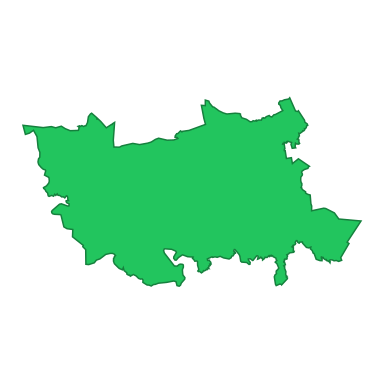 the district of Tamazunchale, San Luis Potosí, Mexico
{"feature_id": "50627088B74317762178215", "entity_name": "Tamazunchale", "entity_type": "district", "adm_level": 2, "iso_a3": "MEX", "parent_name": "Mexico", "parent_adm1": "San Luis Potosí", "projection": "albers", "projection_center": [-98.765, 21.244], "detail": "fine", "context": "isolated", "style": "filled", "palette": "green", "viewbox_px": 384, "rotation_deg": 0, "n_neighbors": 0, "source": "geoboundaries", "source_scale": "gbopen_adm2", "svg_char_len": 6035}
<svg xmlns="http://www.w3.org/2000/svg" viewBox="0 0 384 384"><path d="M147.1,285.0L149.0,285.1L151.2,286.0L153.6,284.5L155.2,284.4L158.4,283.2L166.5,282.4L173.8,281.0L176.0,281.7L177.0,285.6L179.2,286.2L180.5,285.2L181.3,283.1L184.7,279.2L184.9,277.6L183.0,275.1L182.7,273.7L182.4,269.8L183.4,267.1L183.3,265.0L182.7,264.4L180.7,264.1L179.3,264.4L177.2,266.1L174.4,266.0L164.4,253.1L163.6,250.6L164.3,248.9L165.0,248.8L171.6,249.3L175.7,251.1L176.4,252.3L173.8,256.8L173.7,258.3L175.0,260.1L176.3,260.1L178.4,257.6L182.5,254.8L187.6,256.7L193.1,257.1L192.5,258.4L193.7,259.4L194.8,261.2L196.8,261.0L197.5,261.6L197.6,265.3L198.8,269.4L197.8,271.0L198.4,271.6L199.7,271.5L201.4,272.9L202.9,271.9L203.5,270.6L204.3,270.9L205.9,270.1L206.4,269.2L207.2,269.6L208.0,268.6L208.8,268.6L208.0,267.8L208.8,267.3L208.8,266.0L209.7,265.9L210.3,265.2L210.0,264.7L210.7,264.3L210.0,263.9L211.0,263.3L210.6,262.0L209.4,260.8L209.4,260.2L207.6,260.4L207.3,258.9L212.1,256.8L212.7,257.4L215.0,256.8L217.2,257.3L220.1,256.3L223.6,257.9L229.1,259.0L231.2,257.7L231.6,256.2L233.0,255.9L234.6,253.4L235.4,253.2L235.2,252.5L234.6,252.6L235.0,252.2L233.7,251.1L234.3,249.5L235.1,249.6L239.2,254.6L239.9,256.3L240.7,261.2L241.7,262.1L246.7,262.5L249.0,264.4L249.9,264.3L250.2,262.4L248.4,260.0L248.3,259.0L250.4,258.8L252.5,260.5L253.0,260.4L256.7,255.8L257.7,255.8L258.2,256.7L257.6,259.2L258.9,258.7L260.8,257.1L261.4,257.5L261.2,258.0L262.5,258.5L262.6,260.0L264.5,258.5L265.0,257.2L267.0,257.5L268.9,255.7L269.3,256.5L270.2,255.5L270.9,256.2L271.4,255.5L271.7,256.0L272.6,255.7L273.0,256.6L275.9,258.1L276.3,259.9L276.9,260.5L275.2,262.1L277.0,263.8L278.8,268.1L277.0,270.5L276.5,270.5L276.1,272.0L276.5,273.6L275.1,274.8L274.3,276.8L275.5,284.3L276.2,285.6L279.9,284.0L281.3,284.5L281.4,283.9L281.7,284.8L287.3,278.8L287.5,278.0L286.3,277.0L287.0,276.3L286.4,276.1L285.7,274.4L285.9,271.6L284.5,268.0L284.8,266.9L283.8,265.8L285.4,264.8L284.5,262.1L283.7,262.1L283.7,261.4L284.6,260.5L284.4,259.4L284.8,259.1L286.8,259.1L287.1,258.6L286.9,257.7L287.6,256.0L286.8,254.8L288.8,253.8L289.4,252.9L293.7,252.3L294.2,251.3L293.3,251.1L293.4,247.7L292.2,247.0L293.2,246.5L293.4,246.2L292.6,246.0L293.2,245.2L295.0,244.6L295.5,243.9L295.7,243.3L295.2,242.4L296.3,240.6L297.0,240.6L297.9,242.4L298.7,243.0L299.3,243.1L299.8,242.1L302.4,242.0L302.6,243.2L306.4,247.4L308.7,247.9L310.8,247.1L310.4,248.9L312.2,250.5L313.2,253.2L314.1,253.5L316.2,259.3L319.9,260.6L322.0,260.7L322.1,259.1L321.3,258.1L321.3,257.0L321.7,256.9L322.5,257.6L323.3,257.5L323.5,258.4L324.7,259.4L326.2,259.5L326.1,260.2L326.8,260.7L327.8,260.6L328.2,261.4L329.0,261.4L330.0,262.8L330.2,261.8L329.6,260.7L330.1,259.8L332.3,259.9L334.0,260.8L336.3,260.5L338.7,261.4L341.7,260.3L340.7,257.7L349.0,243.5L347.1,242.2L361.0,221.0L338.8,219.0L334.4,212.9L325.7,208.5L323.7,208.2L311.6,210.8L311.7,206.0L310.9,203.7L310.2,195.0L307.7,194.3L305.6,193.1L305.6,191.8L302.7,189.8L301.1,187.6L301.6,187.4L301.4,186.4L301.9,185.2L301.8,183.3L301.2,182.8L300.7,180.2L300.8,177.2L302.3,175.1L302.4,174.1L301.6,172.2L302.1,171.1L304.4,169.5L307.9,168.4L308.5,166.8L309.4,166.3L298.4,158.8L292.4,163.6L291.4,157.7L286.4,158.5L285.2,150.7L284.3,150.6L284.4,149.1L284.9,148.8L284.2,144.1L282.7,144.1L283.0,143.3L284.4,143.0L284.4,142.4L285.8,143.0L286.4,142.0L286.8,142.7L287.8,141.3L291.6,142.5L291.0,144.4L292.2,148.3L295.7,147.8L295.1,146.5L295.5,143.2L296.5,144.0L298.8,144.1L299.6,143.4L298.9,142.2L298.9,139.8L297.3,139.1L298.6,137.8L298.5,136.8L299.4,135.9L298.8,133.3L299.7,133.6L303.0,131.2L302.9,130.7L303.8,130.8L304.6,129.9L304.5,128.9L304.9,129.1L306.2,127.7L306.7,125.7L307.7,125.4L307.3,124.0L304.9,122.2L304.5,120.2L298.4,110.8L297.8,111.5L295.5,111.0L289.7,97.8L288.7,99.0L284.4,99.8L282.0,100.9L280.0,101.0L278.7,103.0L278.8,104.2L280.3,105.3L280.9,107.7L282.8,110.6L275.2,114.6L274.0,114.7L271.8,117.0L270.0,116.4L269.2,115.5L266.2,116.7L264.8,118.1L263.5,117.8L263.5,118.2L262.2,118.1L261.4,120.1L258.2,120.1L256.6,121.0L256.2,120.2L255.0,121.1L253.1,120.7L252.2,121.6L250.2,121.8L246.4,119.3L241.8,117.8L240.4,115.1L240.5,114.1L239.7,113.6L235.2,113.2L226.9,114.0L223.2,112.9L218.9,110.8L213.9,107.1L212.7,106.9L209.6,103.1L208.8,101.1L205.3,100.1L205.3,105.6L201.4,105.3L203.9,118.4L205.5,124.4L189.1,130.4L182.2,131.4L181.9,131.9L180.5,130.9L177.8,133.6L176.7,133.7L175.3,135.7L175.0,137.2L177.2,137.5L177.9,138.5L173.7,140.0L167.2,140.2L158.6,138.2L155.4,139.4L151.3,142.0L147.9,143.1L139.6,144.6L132.8,143.4L121.9,145.9L119.4,147.2L113.9,147.0L113.3,140.2L114.6,122.4L112.4,123.8L112.2,124.5L111.4,124.5L106.3,127.8L100.7,121.4L97.5,118.4L97.2,119.1L96.8,119.0L96.8,117.7L91.6,113.2L90.5,113.9L88.4,116.7L87.5,122.6L85.9,125.8L85.0,125.8L83.7,126.5L81.8,125.6L80.5,126.4L79.7,125.8L78.0,126.4L79.2,127.4L78.4,130.4L70.2,130.7L65.3,128.7L61.3,126.2L55.7,127.8L51.4,126.6L43.2,127.6L23.0,125.3L25.4,134.4L29.5,133.1L33.5,130.3L37.0,136.6L38.1,147.8L39.9,152.4L39.8,157.2L38.5,158.9L38.0,161.9L38.4,163.6L38.8,164.7L41.3,167.6L43.3,169.3L45.3,169.9L45.7,170.8L44.5,175.1L48.6,177.3L49.0,178.0L49.3,181.1L48.8,183.0L46.5,185.9L43.5,187.6L43.7,188.5L45.0,189.4L45.9,191.3L47.6,193.0L48.2,195.8L49.1,196.4L51.6,195.4L53.6,196.2L54.7,194.3L55.8,195.4L57.2,193.9L58.0,195.3L59.9,195.5L61.7,196.9L63.4,196.8L64.8,197.9L66.4,195.8L67.2,196.1L67.8,197.7L67.8,199.4L68.5,200.6L66.2,200.7L66.1,201.6L66.7,202.7L69.2,204.0L68.9,205.9L67.8,206.1L61.4,203.8L59.5,204.2L52.2,210.5L51.6,211.5L51.8,212.8L52.7,213.8L54.5,214.3L60.3,214.6L61.0,215.1L63.9,226.9L67.0,228.7L72.8,229.5L72.5,236.8L83.3,245.4L82.8,246.7L85.7,249.6L85.9,264.3L88.7,264.6L94.3,262.8L96.4,260.1L99.9,258.9L105.8,254.4L110.1,253.4L112.5,253.4L114.2,254.1L115.5,255.6L114.4,256.5L114.4,257.6L113.6,258.2L113.5,259.2L113.7,260.5L113.4,260.9L114.4,263.7L118.1,267.4L119.3,268.5L122.4,269.8L123.3,267.7L124.1,270.6L126.7,272.7L127.0,274.3L128.5,275.1L129.7,275.1L130.3,276.2L133.3,274.5L136.1,275.9L138.6,278.4L140.4,279.1L142.1,278.9L143.0,280.0L142.9,282.4L147.1,285.0Z" fill="#22c55e" stroke="#15803d" stroke-width="1.5"/></svg>